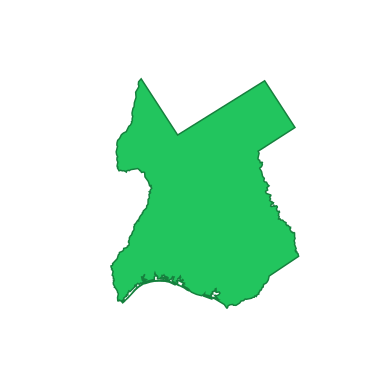 an SVG outline of Texas, rotated 57°
{"feature_id": "USA-3536", "entity_name": "Texas", "entity_type": "State", "adm_level": 1, "iso_a3": "USA", "parent_name": "United States of America", "parent_adm1": "", "projection": "natural_earth1", "projection_center": [-98.169, 31.172], "detail": "fine", "context": "isolated", "style": "filled", "palette": "green", "viewbox_px": 384, "rotation_deg": 57, "n_neighbors": 0, "source": "natural_earth", "source_scale": "10m", "svg_char_len": 6158}
<svg xmlns="http://www.w3.org/2000/svg" viewBox="0 0 384 384"><g transform="rotate(57 192 192)"><path d="M72.8,178.6L70.5,176.8L69.4,173.0L136.4,173.0L138.3,70.5L194.0,70.5L193.8,114.3L196.0,114.6L199.7,118.4L201.1,118.7L202.2,118.0L204.6,118.8L205.1,117.1L205.6,116.9L206.3,117.8L207.4,118.1L208.7,120.1L208.6,121.8L209.0,122.4L212.7,122.5L217.4,124.3L219.9,123.9L221.7,125.7L223.0,125.6L224.4,124.2L226.9,124.5L228.8,124.0L229.1,126.8L231.6,127.5L231.5,129.9L232.1,130.3L233.7,130.4L237.4,127.6L238.1,127.9L238.4,129.6L240.6,129.9L241.2,131.4L242.6,131.2L243.6,130.2L244.3,130.7L245.3,129.5L246.0,130.4L245.5,132.3L246.6,133.7L247.5,133.3L248.2,131.4L247.9,130.6L248.9,130.7L249.5,128.8L250.5,128.4L251.3,128.8L252.0,130.3L253.9,130.9L255.0,130.7L255.7,129.3L256.6,129.6L257.0,131.1L258.2,131.6L258.6,132.3L260.2,132.3L261.7,134.2L262.2,133.8L262.4,132.8L264.0,132.8L265.0,131.3L267.0,131.0L268.9,129.8L270.3,130.8L271.8,130.7L272.0,129.8L274.7,129.2L275.2,128.5L276.1,129.1L276.1,129.8L277.1,130.3L279.7,130.4L280.1,129.8L281.3,129.6L281.5,128.6L282.2,128.3L285.7,130.5L286.9,130.7L288.6,133.0L290.8,133.5L291.7,134.5L296.2,135.5L296.9,136.8L297.8,136.8L297.7,137.4L298.8,137.5L299.3,136.7L300.5,137.1L301.3,136.7L304.0,137.6L304.5,173.1L307.1,175.7L308.3,177.8L308.8,179.7L308.5,182.3L310.5,184.1L310.2,185.0L311.9,187.3L311.5,188.5L312.4,189.5L312.9,191.3L313.9,191.4L313.7,193.6L314.6,194.9L313.4,195.6L314.2,197.1L313.5,198.2L313.5,200.0L311.5,205.0L310.7,205.7L311.2,207.9L310.2,210.1L311.1,212.6L311.0,216.8L309.5,219.0L308.5,219.0L307.2,221.7L307.1,223.8L308.2,225.0L308.5,225.7L308.2,226.1L303.9,226.2L293.6,231.2L291.6,233.1L291.1,232.8L292.7,230.9L295.0,229.5L296.4,229.5L296.7,228.6L296.3,228.9L295.3,228.4L291.2,229.4L291.1,229.0L291.6,229.1L292.4,227.5L292.8,225.6L292.0,223.6L290.7,223.6L289.4,226.3L288.6,226.5L288.2,225.7L286.1,224.4L285.9,225.2L287.3,226.1L286.8,226.8L287.4,227.6L286.7,229.1L288.8,230.1L287.8,230.8L288.2,231.8L288.7,231.9L288.7,231.4L289.2,232.3L290.5,232.9L289.2,232.9L288.8,234.3L288.1,234.2L285.0,237.5L284.0,236.7L284.3,237.5L284.2,240.4L280.3,244.0L275.9,246.9L274.3,247.5L271.9,247.6L269.3,248.6L269.6,250.0L273.7,248.0L271.5,249.5L268.3,250.7L264.3,253.1L265.4,252.0L268.7,250.3L268.7,249.6L267.9,249.4L264.2,250.9L265.9,250.0L264.4,249.9L264.9,248.5L263.4,248.9L263.5,248.6L261.9,249.8L261.1,248.6L261.2,247.6L260.6,247.6L260.1,246.9L260.4,248.1L260.9,248.0L260.6,249.6L261.5,250.0L260.4,250.7L259.2,251.1L260.1,250.7L260.0,249.8L259.3,250.3L259.1,249.6L258.0,249.5L257.5,248.0L256.2,247.6L257.1,249.9L257.0,251.1L258.7,251.8L259.2,252.6L258.0,253.2L258.1,253.6L259.5,253.0L260.8,253.8L260.9,254.4L256.2,257.0L255.3,256.6L255.1,255.2L254.5,254.9L253.5,253.3L253.1,253.8L254.0,254.9L252.6,254.8L253.8,256.7L253.4,257.9L253.7,258.8L251.9,260.9L250.7,261.4L251.3,259.8L251.1,259.4L251.3,258.3L250.4,259.4L250.7,259.9L250.2,261.2L249.3,261.1L249.4,259.5L247.6,260.8L246.4,260.7L246.7,261.2L245.6,262.6L246.7,263.3L246.8,264.2L247.7,262.7L249.0,261.6L249.3,262.0L249.1,263.5L246.2,268.0L245.3,268.3L245.7,268.1L244.6,267.0L243.0,267.5L243.2,267.0L240.9,267.5L239.8,267.2L240.5,268.0L242.3,267.8L242.7,269.9L244.8,271.2L241.9,279.5L240.1,280.7L239.5,280.5L240.4,279.9L240.1,279.5L241.0,279.3L240.5,279.1L240.5,278.0L237.8,280.3L236.1,277.4L235.1,276.4L236.6,279.3L236.3,279.9L237.1,280.0L236.5,280.6L235.1,280.3L239.1,281.7L241.7,281.1L241.0,283.1L241.3,284.1L240.3,284.8L240.6,286.6L239.1,287.2L239.4,289.0L240.6,289.9L240.4,290.3L239.4,289.4L239.1,290.8L240.4,291.9L241.8,298.5L241.6,298.0L240.8,298.6L241.4,298.8L241.3,300.3L242.7,301.4L242.6,302.2L243.3,302.1L242.9,303.4L243.8,303.9L243.5,304.4L243.9,307.1L245.8,307.8L245.6,308.4L245.1,308.3L244.9,309.9L245.3,310.3L246.1,309.7L246.4,308.3L246.9,308.2L247.2,310.5L244.7,310.8L243.9,311.7L243.6,311.4L243.0,311.9L243.2,313.3L242.8,313.5L239.9,311.9L237.3,309.2L235.2,309.0L234.6,308.5L230.6,308.5L229.6,309.0L229.2,308.3L226.6,308.2L225.1,307.4L224.4,306.3L223.7,306.2L223.8,305.5L222.7,305.0L222.2,304.8L221.9,305.2L219.8,303.9L218.4,304.3L215.6,301.4L213.9,301.5L213.2,301.0L212.9,301.3L212.6,300.8L211.7,301.0L209.9,300.3L210.2,298.9L209.7,297.9L208.8,297.6L207.2,291.0L204.6,288.0L204.4,286.8L203.2,285.8L203.8,282.4L203.4,281.1L202.1,280.0L203.0,277.4L202.9,275.9L202.3,275.7L202.2,273.7L200.6,272.4L199.8,272.7L199.4,272.1L198.7,272.1L198.0,270.6L196.2,269.4L195.2,267.4L195.3,266.4L194.4,265.5L194.4,264.8L193.3,264.1L192.0,261.1L189.5,259.7L189.2,258.7L187.9,258.0L187.9,256.7L186.4,253.4L187.1,252.6L185.9,252.0L185.6,250.5L184.8,250.0L183.9,248.1L183.1,245.3L182.5,245.1L182.5,244.4L181.4,243.2L180.6,238.8L178.9,237.5L178.3,235.6L174.3,232.8L173.8,231.0L170.5,229.3L170.1,227.3L168.6,227.8L168.8,226.7L167.8,226.2L166.9,223.7L166.1,223.9L165.7,223.4L164.3,223.9L164.6,223.2L164.3,222.8L163.9,223.5L162.7,223.8L159.4,222.9L153.7,223.2L149.8,221.1L148.8,221.9L148.1,223.7L146.1,223.6L145.5,224.2L145.1,223.9L142.8,224.7L139.9,231.2L139.9,233.1L139.1,233.6L138.7,235.4L139.5,236.2L137.1,237.4L136.4,238.8L134.8,240.2L134.5,241.6L131.1,241.4L131.0,240.8L130.4,240.5L129.5,240.8L126.5,237.9L124.2,237.5L122.4,236.2L122.1,235.2L119.4,234.8L117.0,233.7L113.1,229.5L111.8,229.5L109.8,228.0L108.2,226.2L107.6,223.5L105.5,220.0L105.2,217.4L105.6,214.3L102.5,209.2L102.4,207.3L101.0,204.7L100.1,204.5L99.7,203.2L98.2,202.5L96.1,200.3L95.2,200.4L93.1,199.3L89.6,195.8L89.0,194.2L85.7,191.7L82.2,187.4L77.6,184.9L74.9,179.5L73.6,178.5L72.8,178.6ZM246.8,270.2L248.4,267.9L248.8,268.0L246.3,272.2L244.8,275.8L243.1,281.7L242.2,281.9L242.7,279.2L245.1,272.9L244.9,272.1L245.8,272.7L246.8,270.2ZM246.0,303.6L246.6,307.6L244.8,299.2L242.9,293.5L243.0,292.3L242.2,291.0L242.1,284.2L242.3,282.7L242.6,282.4L242.6,288.7L243.2,292.7L246.0,303.6ZM260.4,255.3L260.9,255.5L260.6,256.8L255.2,260.1L252.7,262.7L253.4,261.2L253.3,260.0L255.1,259.4L258.8,256.6L260.1,256.5L260.4,255.3ZM290.2,233.3L292.3,233.9L285.0,239.4L285.6,238.4L290.4,234.2L290.2,233.3ZM251.9,261.3L252.6,261.5L252.5,262.7L249.0,267.7L249.1,266.6L250.5,264.4L250.2,264.1L251.9,261.3ZM261.5,255.0L262.6,253.8L264.1,253.1L263.1,254.1L261.5,255.0Z" fill="#22c55e" stroke="#15803d" stroke-width="1.5"/></g></svg>